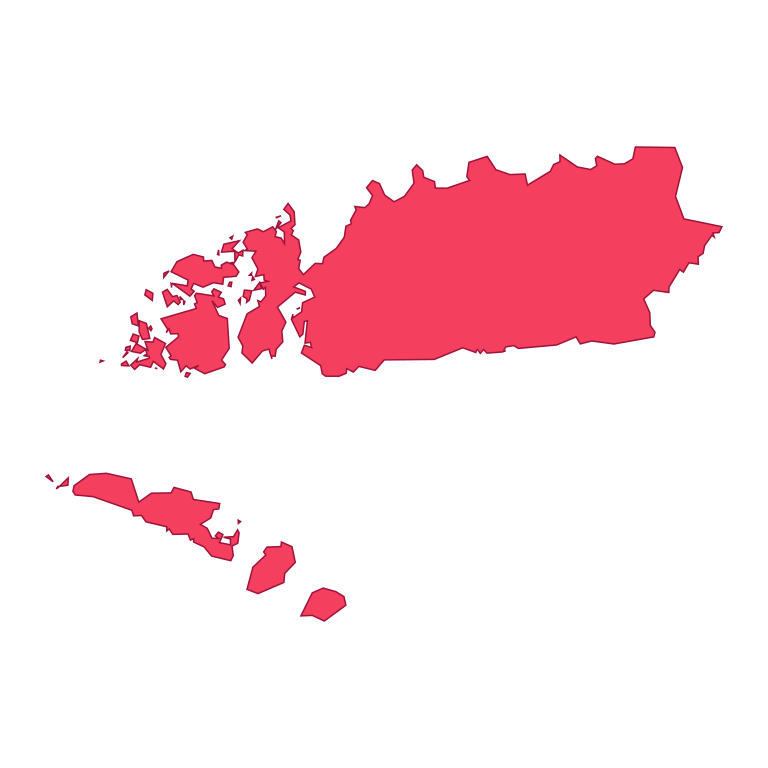 outline of Conamara South Lea-5, Galway, Ireland
{"feature_id": "5873133B18707060070656", "entity_name": "Conamara South Lea-5", "entity_type": "district", "adm_level": 2, "iso_a3": "IRL", "parent_name": "Ireland", "parent_adm1": "Galway", "projection": "mercator", "projection_center": [-9.603, 53.216], "detail": "fine", "context": "isolated", "style": "filled", "palette": "rose", "viewbox_px": 768, "rotation_deg": 0, "n_neighbors": 0, "source": "geoboundaries", "source_scale": "gbopen_adm2", "svg_char_len": 6155}
<svg xmlns="http://www.w3.org/2000/svg" viewBox="0 0 768 768"><path d="M674.8,147.5L635.4,147.0L632.8,158.9L624.3,163.8L614.8,164.2L597.4,156.3L595.4,158.6L596.7,165.8L590.7,169.5L577.4,167.0L559.9,155.0L560.0,161.7L553.7,164.5L550.3,171.3L527.5,185.1L525.1,174.0L510.0,174.6L495.9,169.7L487.2,156.4L469.0,162.3L466.8,176.6L469.7,180.4L447.0,188.2L435.4,188.1L434.5,181.6L423.8,177.3L422.7,170.6L416.6,164.8L412.2,170.2L414.0,183.2L404.5,196.3L394.1,201.8L384.7,195.1L379.5,183.6L372.5,180.5L366.6,187.7L372.5,195.6L369.1,203.8L364.9,207.6L354.8,206.5L356.2,209.9L350.5,220.3L351.5,223.7L345.9,226.2L344.3,237.2L336.3,248.4L323.9,257.3L322.5,263.7L315.2,263.4L303.4,274.6L298.7,268.6L300.2,260.2L297.8,259.7L300.8,252.1L298.7,239.9L291.4,235.0L293.3,230.6L291.1,228.5L295.0,224.7L294.2,211.9L288.1,203.4L283.8,209.4L290.0,215.1L291.0,220.9L278.3,227.7L284.3,232.0L284.5,243.6L281.1,238.0L275.1,236.7L276.3,231.7L272.8,226.8L263.4,231.7L257.4,228.9L245.3,232.4L247.3,234.9L243.1,242.2L247.3,248.9L244.7,250.6L256.0,251.2L251.9,257.7L257.9,269.0L255.4,276.5L263.8,274.6L264.2,280.1L267.9,281.3L260.0,283.0L263.4,289.2L265.4,287.3L265.7,296.0L260.9,301.9L257.8,300.6L259.5,306.5L247.1,313.8L238.1,337.2L242.9,346.1L241.9,352.9L252.2,363.0L262.4,351.0L268.9,349.1L271.9,359.0L271.4,355.9L275.2,356.2L276.2,349.2L282.8,341.8L281.8,331.1L285.9,322.1L277.4,307.1L295.2,292.2L305.3,295.0L305.4,291.4L293.7,286.9L299.0,282.9L311.2,289.1L314.8,297.1L302.6,302.7L301.6,311.8L292.7,318.1L293.0,314.1L291.4,319.2L299.8,336.8L302.8,334.2L304.3,321.5L307.4,320.8L305.0,343.1L310.4,342.4L311.7,347.6L304.4,345.2L301.4,353.0L320.7,365.6L322.2,373.7L325.6,376.2L338.9,376.3L346.1,373.3L346.9,368.6L353.3,372.1L358.9,366.4L375.2,370.4L384.2,359.9L434.3,359.4L462.7,347.8L475.8,352.5L476.4,350.4L477.4,349.5L480.3,353.4L483.5,349.5L486.9,353.1L502.2,352.0L505.6,350.9L503.7,350.7L505.8,346.9L513.7,345.6L518.4,348.4L556.5,345.0L576.1,336.9L580.3,343.9L591.8,341.0L613.9,344.0L653.8,336.9L655.0,332.3L650.3,325.4L649.8,312.7L643.7,298.9L653.6,290.3L668.8,292.5L669.0,287.1L679.7,269.5L683.4,272.2L688.9,262.8L698.4,264.2L698.1,256.7L703.1,253.4L704.6,245.6L712.0,235.3L714.2,237.0L712.9,233.0L719.0,232.6L721.9,226.7L683.9,218.9L675.5,196.4L682.5,167.5L674.8,147.5ZM219.7,503.5L193.4,499.5L191.0,492.0L174.0,487.4L171.2,492.9L151.4,493.2L138.8,502.1L131.3,478.9L106.4,473.3L89.5,474.5L74.1,485.7L72.9,491.4L75.3,495.0L93.0,496.6L131.9,510.3L133.6,515.8L141.5,515.5L145.9,521.8L166.8,526.8L166.8,530.9L169.3,529.0L172.8,534.4L188.1,534.0L190.4,540.1L193.7,538.7L193.6,542.0L204.1,546.9L211.6,556.1L230.8,560.7L233.3,555.7L232.0,546.1L237.8,543.2L239.1,532.7L237.6,529.9L233.5,536.7L223.5,537.2L230.4,539.0L230.5,544.8L219.5,542.6L222.9,534.6L218.4,532.1L215.3,535.9L218.7,538.5L211.9,538.2L207.3,528.4L200.3,524.4L210.8,517.9L213.5,509.6L218.8,508.9L219.7,503.5ZM229.2,348.4L227.3,318.5L218.8,315.5L212.0,300.7L217.5,307.4L225.2,304.1L223.6,298.9L218.3,297.0L221.3,292.3L213.9,288.8L211.7,291.8L213.9,295.9L196.3,293.2L194.6,295.6L197.2,302.6L194.5,303.9L196.3,308.5L161.0,318.8L167.7,329.3L166.2,332.7L169.1,328.8L170.6,333.9L178.0,333.7L178.5,336.9L165.8,347.3L171.1,355.9L169.1,357.4L170.5,359.4L177.6,360.2L180.8,371.8L186.1,365.8L190.1,369.0L198.7,365.5L194.8,368.4L204.8,373.7L224.2,366.9L225.5,364.6L221.6,360.0L229.2,348.4ZM252.9,567.2L247.0,589.4L258.0,593.6L283.9,582.4L284.7,573.4L295.3,562.4L292.0,546.7L281.4,542.0L280.9,546.6L267.0,547.1L263.6,551.9L265.8,555.0L252.9,567.2ZM193.2,254.4L177.0,261.6L171.1,271.7L188.1,280.1L187.2,285.9L172.2,283.3L189.9,296.2L194.2,291.3L191.1,289.0L193.6,283.4L203.1,287.2L213.4,282.7L222.8,284.2L223.6,277.3L236.0,276.3L238.9,272.0L233.6,264.7L226.6,262.1L221.2,265.2L221.6,268.3L214.9,266.9L211.8,260.4L203.6,261.0L203.5,257.0L193.2,254.4ZM312.3,592.8L300.9,615.9L312.3,615.4L324.3,621.0L345.9,605.2L343.9,596.6L335.8,591.6L323.2,588.1L312.3,592.8ZM165.5,343.5L154.7,337.5L152.9,342.1L145.0,341.5L147.9,350.3L145.6,349.6L147.0,354.4L143.6,355.7L149.3,356.5L149.3,358.2L136.6,362.1L137.7,358.5L130.7,365.1L134.6,369.4L139.7,364.7L150.6,367.3L153.3,361.4L163.5,369.0L165.9,363.6L160.9,354.5L165.5,343.5ZM239.4,240.7L223.8,244.2L221.5,252.1L234.8,251.3L234.9,262.1L238.8,254.8L242.7,256.0L242.9,250.2L238.3,253.0L232.1,248.8L239.4,240.7ZM162.5,292.1L167.3,306.8L173.7,300.9L178.1,304.6L180.2,302.2L177.0,295.6L172.5,296.6L167.2,289.4L162.5,292.1ZM146.4,323.4L139.2,320.7L139.1,331.7L142.4,339.4L149.8,338.5L146.4,323.4ZM146.0,349.2L136.1,343.6L131.5,351.4L140.4,353.2L146.0,349.2ZM244.4,290.1L243.1,296.4L247.2,299.0L246.6,302.3L249.3,300.2L251.7,290.7L244.4,290.1ZM132.2,323.8L138.3,325.9L137.0,313.0L130.8,316.8L132.2,323.8ZM152.9,293.3L146.2,289.7L144.8,294.9L152.3,300.5L152.9,293.3ZM139.0,336.1L133.2,334.0L130.4,340.5L137.4,342.6L139.0,336.1ZM68.3,477.8L59.4,486.4L67.9,485.2L68.3,477.8ZM259.7,282.4L253.9,290.2L261.5,288.7L259.7,282.4ZM53.1,481.8L48.4,474.9L46.1,476.5L53.1,481.8ZM126.1,361.1L121.5,364.0L121.5,365.5L128.9,365.9L126.1,361.1ZM169.1,270.9L163.9,273.3L163.8,277.3L169.1,270.9ZM130.2,346.1L125.9,347.3L125.3,350.2L129.9,350.6L130.2,346.1ZM185.1,376.3L187.4,377.2L190.2,373.4L186.4,372.6L185.1,376.3ZM126.9,351.8L122.7,357.7L127.9,352.8L126.9,351.8ZM278.8,220.9L275.5,229.4L281.0,222.7L278.8,220.9ZM231.8,282.2L229.7,282.2L228.1,285.9L231.0,286.7L231.8,282.2ZM148.7,328.1L150.9,330.7L152.0,328.8L150.7,326.0L148.7,328.1ZM238.4,300.3L240.1,303.6L240.6,298.0L238.4,300.3ZM218.9,254.9L218.6,249.9L217.6,254.5L218.9,254.9ZM254.4,279.4L252.7,276.7L251.9,280.4L254.4,279.4ZM238.3,523.4L240.6,521.6L238.2,520.2L238.3,523.4ZM171.5,287.5L171.9,283.9L171.1,283.3L171.5,287.5ZM183.8,304.9L184.9,301.4L183.5,300.8L183.8,304.9ZM231.7,239.2L232.7,236.2L230.0,237.7L231.7,239.2ZM276.5,217.7L281.0,215.8L276.3,217.3L276.5,217.7ZM251.6,273.0L249.4,275.2L251.4,275.3L251.6,273.0ZM179.7,296.5L180.8,299.7L182.5,299.2L179.7,296.5ZM103.1,360.9L100.5,360.2L100.0,362.1L103.1,360.9ZM234.2,262.4L231.7,262.7L233.5,264.3L234.2,262.4ZM57.9,486.3L56.3,488.9L59.4,486.5L57.9,486.3ZM296.6,309.2L299.3,308.3L299.3,307.9L296.6,309.2ZM156.4,368.6L157.2,368.6L154.9,367.8L156.4,368.6Z" fill="#f43f5e" stroke="#9f1239" stroke-width="1.5"/></svg>